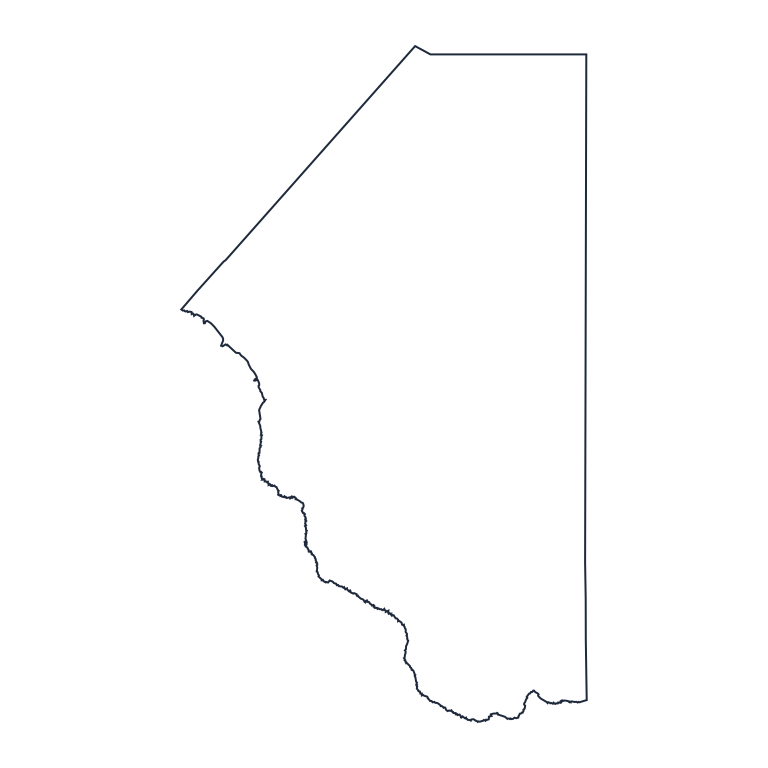 Palauli West, Palauli, Samoa (Natural Earth projection)
{"feature_id": "51752279B21529413324120", "entity_name": "Palauli West", "entity_type": "district", "adm_level": 2, "iso_a3": "WSM", "parent_name": "Samoa", "parent_adm1": "Palauli", "projection": "natural_earth1", "projection_center": [-172.564, -13.715], "detail": "fine", "context": "isolated", "style": "outline", "palette": "slate", "viewbox_px": 768, "rotation_deg": 0, "n_neighbors": 0, "source": "geoboundaries", "source_scale": "gbopen_adm2", "svg_char_len": 6123}
<svg xmlns="http://www.w3.org/2000/svg" viewBox="0 0 768 768"><path d="M430.4,54.4L415.1,46.1L225.7,260.1L223.5,261.7L197.6,290.5L181.3,309.5L182.9,310.6L184.2,310.4L184.8,311.2L185.9,311.5L187.2,311.0L187.9,312.1L189.8,311.6L191.5,312.0L191.7,314.0L192.7,313.4L193.4,313.8L194.1,315.9L195.5,314.7L196.8,314.4L201.3,316.7L201.5,317.7L203.6,318.4L203.9,319.4L203.5,320.4L203.9,323.3L204.9,323.2L205.6,321.4L207.3,320.9L211.0,323.3L214.3,326.7L222.5,337.2L223.1,338.7L223.1,340.6L221.1,345.7L222.6,346.3L225.6,344.4L227.0,345.3L227.4,344.8L235.9,352.7L239.5,353.2L241.0,355.4L244.2,357.8L246.8,360.5L247.9,361.9L248.8,364.7L250.9,368.8L254.0,372.1L255.9,375.3L256.8,377.2L256.8,378.1L254.8,379.4L254.2,380.5L255.0,380.7L257.5,379.7L258.5,381.6L259.2,383.6L259.2,385.3L258.5,386.0L258.7,387.4L260.3,390.1L260.3,391.2L261.9,393.0L262.4,395.5L262.9,397.0L263.7,398.0L264.2,399.9L265.4,399.9L264.1,401.9L262.9,402.8L260.8,406.2L259.1,410.1L260.5,419.0L259.8,419.8L259.2,421.9L258.6,421.9L260.3,426.0L260.3,427.7L261.5,432.5L261.1,432.8L261.3,434.2L260.9,434.9L261.9,435.3L261.4,436.1L261.4,439.0L260.6,439.7L260.7,441.4L261.1,441.6L260.2,445.0L261.0,445.7L260.3,446.2L260.5,447.2L259.6,448.3L259.5,452.8L258.7,453.0L258.5,454.4L259.1,455.3L258.3,456.4L258.4,457.8L257.8,459.7L258.2,461.9L258.6,461.9L258.7,464.1L259.8,466.2L259.1,468.0L259.6,470.8L260.3,472.0L261.0,471.8L261.8,472.6L261.3,473.5L261.0,476.0L261.7,476.4L261.5,477.2L261.9,478.6L263.1,478.8L262.4,479.7L264.6,479.6L264.7,481.4L265.5,481.2L266.3,481.8L267.8,481.7L267.5,482.7L268.7,483.5L268.6,485.0L270.0,484.3L270.5,485.2L271.5,485.1L271.2,485.9L272.5,486.1L274.5,485.6L275.1,486.5L276.5,487.1L277.7,489.8L278.7,490.8L278.1,491.8L278.5,493.4L278.1,494.7L279.1,495.3L280.1,495.1L280.4,495.9L281.3,495.4L281.7,496.5L283.9,497.1L284.5,496.3L285.2,497.2L285.9,497.0L286.5,498.0L289.5,497.4L290.1,498.5L290.9,498.0L291.0,497.0L291.8,496.4L292.7,497.7L293.6,496.8L294.2,496.7L295.6,497.9L295.6,499.1L296.4,498.9L296.7,499.5L299.3,500.8L301.4,502.5L302.6,502.8L303.1,503.5L303.7,505.7L303.2,507.7L302.2,508.3L302.5,509.5L301.8,510.7L302.9,512.9L303.6,512.8L304.9,514.1L304.3,514.7L304.7,516.3L305.6,517.3L305.4,518.4L305.9,519.0L305.2,519.8L306.2,520.9L305.4,521.5L305.5,522.6L305.1,523.6L306.1,525.4L305.0,526.0L305.9,527.6L306.0,529.8L306.8,530.7L306.2,531.3L306.4,533.1L305.5,533.9L306.0,534.3L305.5,538.6L306.8,542.8L306.2,543.1L305.3,541.4L304.6,542.0L305.0,542.5L304.9,544.9L306.3,545.0L305.7,546.5L307.4,547.5L307.7,548.7L308.5,549.5L308.7,551.6L309.3,551.8L310.7,551.2L311.1,551.4L311.2,552.9L312.0,553.4L311.8,554.4L313.3,555.0L315.0,557.3L314.9,558.1L315.8,559.3L315.6,560.2L316.5,561.9L316.1,562.5L317.1,563.1L317.3,564.8L316.6,565.4L317.3,567.7L316.7,571.5L317.4,571.7L318.1,574.1L318.9,575.4L318.5,576.5L321.7,579.4L321.7,580.3L323.0,580.0L323.7,581.3L325.7,582.4L326.0,581.9L328.1,582.5L329.7,580.5L332.7,581.6L333.9,583.1L336.1,583.7L336.8,585.2L338.1,585.0L338.9,586.2L341.9,586.5L343.3,587.7L344.1,587.1L345.3,589.3L347.0,588.4L347.2,589.5L348.8,591.1L350.1,590.4L350.5,591.2L350.3,592.2L353.2,593.6L353.9,593.1L356.5,594.1L356.6,595.1L357.1,595.9L357.8,595.6L358.5,596.7L360.9,598.7L362.8,599.3L363.6,600.0L364.5,601.8L365.4,602.4L366.0,600.8L366.9,600.4L367.5,601.8L367.9,601.6L369.4,602.4L369.8,603.5L371.3,604.5L372.0,605.6L373.4,604.9L373.9,605.3L373.8,606.5L374.4,606.3L374.7,607.9L377.1,607.9L377.5,608.9L378.6,608.4L379.5,609.2L381.3,609.2L381.8,609.8L382.8,610.2L384.3,608.9L384.6,609.9L385.7,610.6L385.7,611.9L388.4,610.7L388.2,612.8L388.8,613.8L389.7,613.2L390.3,613.9L391.3,613.7L391.1,614.7L391.9,615.7L392.5,615.1L393.6,615.2L395.6,618.3L396.7,618.4L398.0,619.6L398.1,621.1L398.7,620.7L400.8,622.0L401.7,623.0L402.0,624.6L402.8,625.0L403.9,624.7L403.9,626.0L404.6,626.8L404.9,628.2L405.7,629.2L405.7,632.0L406.9,633.8L407.0,635.1L406.5,635.6L407.2,637.2L407.3,639.6L408.2,640.6L407.0,644.4L406.1,646.0L405.9,649.4L404.9,650.4L405.6,651.5L405.5,653.5L405.0,654.5L404.6,657.7L404.0,658.1L405.1,659.8L404.7,660.3L405.5,661.0L405.5,661.8L406.2,662.1L406.2,663.2L406.9,663.1L409.9,666.0L410.2,667.3L411.2,667.9L411.6,669.8L412.4,669.7L413.5,671.0L414.7,674.1L414.7,675.2L415.2,675.2L414.9,676.5L415.4,677.3L416.1,681.6L417.0,682.7L416.3,684.4L417.0,685.0L416.5,685.7L417.2,686.5L416.8,688.5L418.3,690.5L418.5,691.2L419.8,691.4L420.4,693.6L421.8,693.5L421.9,695.4L423.0,694.9L424.3,695.8L427.1,696.6L427.7,697.3L427.7,698.3L429.2,699.6L429.9,700.9L431.6,701.0L432.6,702.3L434.4,701.9L435.2,702.8L436.8,702.9L438.2,703.5L440.5,705.3L440.7,706.1L441.6,706.0L442.8,706.7L443.6,707.8L444.4,707.4L445.3,707.7L446.1,709.9L447.7,711.1L449.0,710.5L450.4,710.9L451.4,710.3L452.6,712.2L453.2,712.1L453.6,713.0L455.7,713.1L455.8,714.3L457.0,714.1L457.5,715.1L459.2,714.5L459.7,714.7L460.7,716.2L461.0,717.5L461.4,717.6L462.5,716.4L465.2,718.4L466.1,717.7L466.5,718.8L467.3,719.2L467.6,719.8L470.1,720.1L470.8,720.6L471.3,719.5L473.4,719.2L474.9,720.0L475.4,720.7L476.5,720.8L477.7,721.9L478.4,721.4L479.8,721.7L483.1,720.7L483.9,719.9L485.5,720.8L486.1,719.7L486.7,720.0L488.8,719.3L488.9,716.7L491.5,716.0L490.8,715.1L490.8,714.3L493.8,713.5L496.3,713.5L497.0,712.9L497.8,713.4L497.9,714.5L505.0,716.8L507.3,718.8L507.6,718.5L509.1,718.5L509.6,719.0L510.6,718.5L511.0,719.1L513.1,718.8L514.6,717.7L516.3,718.2L518.3,717.6L518.4,716.3L518.8,716.0L519.8,713.7L521.4,713.3L522.0,712.5L522.7,712.6L523.6,710.7L523.4,709.7L524.6,708.7L525.2,705.8L524.1,704.5L524.2,703.4L525.1,702.1L526.1,699.4L527.3,697.8L526.7,696.9L529.0,693.7L530.0,693.5L531.0,692.0L532.1,692.0L533.3,690.6L534.0,690.6L535.4,692.2L537.6,693.3L538.6,694.4L538.1,695.3L538.3,696.1L540.7,698.5L546.6,702.0L547.6,703.1L548.2,702.2L549.9,702.8L550.3,703.3L551.5,703.0L552.8,703.7L553.6,702.7L554.4,703.6L555.5,703.9L556.1,703.3L557.9,703.4L558.2,702.5L560.5,702.8L560.5,701.3L561.4,700.7L561.9,701.5L562.8,700.5L563.3,700.9L564.4,700.5L567.9,701.0L569.3,702.1L569.6,701.6L570.8,702.3L571.0,701.6L571.9,701.4L574.7,702.0L576.3,701.8L577.6,702.5L578.4,701.9L579.3,702.3L586.7,700.1L585.8,639.9L585.7,598.8L585.1,562.5L586.3,54.4L430.4,54.4Z" fill="none" stroke="#1e293b" stroke-width="2"/></svg>